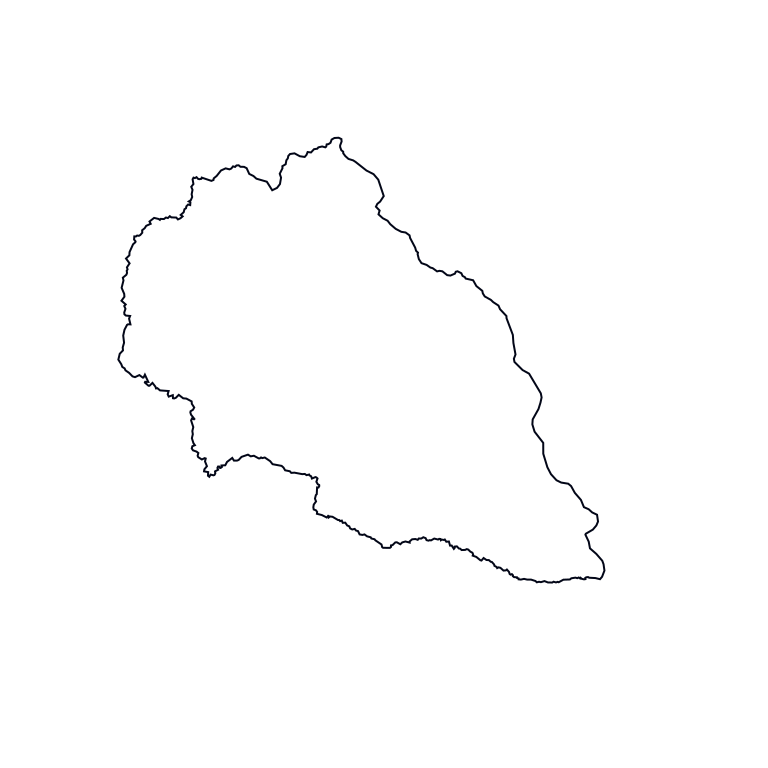 the district of Espindola, Loja, Ecuador, rotated 305°
{"feature_id": "8360857B90110286076801", "entity_name": "Espindola", "entity_type": "district", "adm_level": 2, "iso_a3": "ECU", "parent_name": "Ecuador", "parent_adm1": "Loja", "projection": "albers", "projection_center": [-79.445, -4.57], "detail": "fine", "context": "isolated", "style": "outline", "palette": "ink", "viewbox_px": 768, "rotation_deg": 305, "n_neighbors": 0, "source": "geoboundaries", "source_scale": "gbopen_adm2", "svg_char_len": 6151}
<svg xmlns="http://www.w3.org/2000/svg" viewBox="0 0 768 768"><g transform="rotate(305 384 384)"><path d="M207.8,294.1L210.3,293.9L211.4,296.7L212.2,297.3L214.0,297.1L215.5,295.7L218.6,297.3L219.7,295.7L221.2,295.4L222.0,296.6L221.2,297.6L221.5,298.3L223.1,298.8L224.1,297.7L226.4,300.6L230.1,300.1L236.4,302.1L235.2,305.0L236.9,307.5L238.4,308.5L242.6,309.1L248.1,313.1L248.3,316.3L250.6,318.6L251.2,324.1L251.8,324.9L253.3,325.4L253.4,326.7L255.4,328.5L255.5,335.0L254.4,338.7L258.2,347.1L257.9,349.6L256.6,352.5L258.5,356.9L258.0,359.0L260.0,361.5L263.3,368.8L264.9,370.7L264.9,372.8L266.9,374.6L266.4,375.4L266.6,377.3L265.2,379.2L268.4,381.2L268.7,382.2L268.5,383.7L265.1,384.7L263.9,387.3L264.1,388.8L263.3,389.5L261.6,389.7L260.9,388.5L255.2,392.1L253.9,391.9L250.5,393.2L248.8,395.7L245.0,395.6L242.5,396.8L240.9,398.4L241.5,400.7L240.9,402.6L239.2,403.5L241.0,408.2L241.8,413.7L244.0,413.9L244.1,414.9L243.3,415.4L244.6,415.9L245.7,418.0L246.2,424.3L246.9,425.5L246.5,426.7L247.9,427.8L246.6,429.8L248.2,431.8L247.0,435.0L247.5,437.2L246.3,439.1L246.6,441.4L248.5,443.1L247.9,445.1L248.6,447.1L246.8,450.3L248.0,452.9L249.6,454.3L249.5,457.5L250.8,461.0L250.2,462.3L251.4,465.3L251.0,466.6L251.1,474.0L249.3,476.1L249.3,477.2L253.1,482.8L254.5,483.2L255.8,482.3L256.9,483.4L260.7,484.1L261.7,485.3L262.1,489.3L264.7,489.8L267.3,491.9L268.8,496.0L269.7,495.3L272.9,496.1L275.0,498.6L275.7,501.0L277.4,501.1L278.8,503.2L281.0,504.1L281.6,506.5L280.5,508.4L281.2,510.3L282.4,511.1L282.8,512.2L286.2,513.8L287.6,517.5L288.8,518.0L289.4,519.1L288.6,520.2L289.7,520.6L290.6,522.5L291.5,523.0L290.5,525.5L292.2,527.5L289.5,530.8L290.5,532.1L289.0,535.8L290.4,535.9L291.4,535.2L292.8,536.8L292.2,539.7L292.8,540.9L292.5,542.8L294.6,545.6L296.2,546.5L296.7,548.0L296.2,550.9L296.5,553.2L295.5,554.8L294.3,555.1L295.3,558.8L294.9,564.0L295.3,565.1L298.6,565.4L298.6,568.9L299.9,570.9L299.6,573.4L300.1,574.4L299.3,577.8L298.4,578.7L298.7,581.2L298.1,582.3L299.5,583.0L300.2,584.8L299.7,588.9L301.3,590.8L302.5,591.1L301.8,594.1L300.4,596.0L300.5,597.2L301.6,597.8L301.3,599.3L300.5,599.8L300.4,601.3L301.9,603.8L301.4,604.3L301.9,605.7L301.2,606.3L302.3,608.3L304.7,610.5L305.9,613.5L308.1,616.6L309.5,621.1L309.2,622.9L310.9,624.4L311.7,626.2L314.6,628.5L315.5,632.2L317.9,635.7L319.3,636.3L320.1,638.7L321.5,639.7L321.8,640.8L326.6,643.2L330.5,648.4L332.3,648.9L335.2,651.9L335.8,653.7L337.2,654.5L337.2,656.2L338.0,656.2L337.8,657.6L338.7,659.9L339.7,660.9L340.5,660.1L341.6,660.5L342.9,661.9L343.0,663.2L346.3,668.5L348.0,672.9L351.2,673.2L357.6,671.6L362.3,667.2L364.4,664.2L366.6,655.4L367.5,647.0L372.3,642.1L376.1,635.4L377.1,635.2L384.5,638.6L389.9,639.1L394.1,638.2L399.1,633.5L398.2,628.2L398.8,623.5L397.8,618.4L402.0,611.8L404.3,602.7L407.7,595.8L408.0,592.1L404.9,585.7L404.1,580.5L405.9,572.5L409.5,565.6L418.2,554.5L427.1,548.2L431.3,534.7L436.0,528.7L440.3,526.1L452.1,524.9L458.4,522.9L463.4,520.8L466.3,517.8L475.7,496.9L474.9,489.6L476.9,478.2L479.2,475.9L483.6,474.8L491.8,466.5L498.1,461.4L508.2,446.6L509.9,445.3L511.8,436.2L513.9,432.8L513.7,426.5L514.2,423.4L513.5,416.3L514.9,413.0L516.7,411.1L517.2,403.5L520.1,397.5L517.2,390.4L517.9,389.0L517.6,386.4L519.1,383.8L518.5,379.6L517.1,378.4L515.1,378.8L510.9,376.2L509.4,373.3L509.8,367.2L508.5,364.5L506.7,362.9L506.8,357.4L506.0,355.2L506.0,350.6L504.5,345.4L506.3,340.9L509.7,337.0L511.1,336.5L511.5,333.9L513.6,331.3L518.6,321.6L520.4,319.7L520.5,314.8L518.6,310.9L517.8,304.6L518.5,297.5L519.8,293.3L519.1,287.9L519.8,282.2L523.6,280.9L524.6,275.7L527.7,275.2L531.2,276.2L537.8,276.0L548.1,262.1L549.9,255.1L548.8,247.2L549.6,233.3L549.5,230.5L548.0,225.8L548.5,221.6L549.6,218.3L550.9,217.3L551.0,215.0L552.9,212.2L554.3,211.2L558.3,210.2L560.2,208.6L559.7,205.6L557.1,202.3L554.2,200.9L550.9,201.8L548.6,200.9L547.4,199.6L545.3,200.5L544.2,200.2L543.1,197.1L540.2,194.5L538.5,194.4L536.2,192.0L531.8,191.4L530.2,188.4L527.3,189.1L524.5,188.8L522.3,184.4L521.6,178.4L518.5,175.1L515.9,174.8L513.6,175.8L511.3,175.7L507.6,177.4L504.1,175.8L502.5,177.1L496.4,178.0L494.0,181.3L488.1,184.1L483.3,183.9L478.6,181.3L482.5,172.0L479.0,161.7L479.5,157.8L478.8,153.1L482.0,147.7L481.6,144.8L479.6,141.8L479.8,139.5L478.4,137.8L476.4,137.5L475.7,135.5L472.9,135.3L471.2,134.3L469.8,130.6L465.4,128.0L458.5,127.6L454.8,126.6L453.3,127.3L451.4,126.1L448.5,116.3L447.3,116.7L445.8,115.2L445.4,114.0L445.9,111.8L444.2,111.0L443.8,109.6L441.9,109.8L438.5,113.2L435.0,113.0L433.2,115.8L429.1,117.6L427.2,119.6L423.8,120.3L421.6,119.4L421.8,121.2L419.4,122.6L418.7,120.6L416.2,120.2L414.4,121.0L412.7,120.3L409.8,121.4L405.9,120.5L405.8,122.9L403.0,122.2L400.6,120.8L401.2,118.4L398.5,114.2L398.6,112.3L396.0,111.8L395.3,109.9L392.9,109.1L391.1,106.3L389.9,106.3L389.9,104.7L388.2,100.4L382.6,98.7L381.4,101.0L377.2,98.5L374.3,98.6L371.2,97.7L369.3,99.2L366.2,98.9L364.8,98.2L364.0,96.6L362.6,96.2L361.7,94.8L359.0,96.4L358.3,98.7L357.5,99.0L354.5,98.3L346.1,99.9L343.4,101.6L338.8,100.7L336.9,106.4L332.1,106.5L330.8,108.2L329.2,108.3L327.6,109.8L325.7,110.3L321.3,109.1L319.4,111.2L312.3,113.9L308.8,119.5L306.6,121.3L301.6,121.2L301.0,126.8L298.9,126.5L297.3,129.1L293.6,130.2L292.2,131.4L292.0,133.3L294.1,137.0L291.3,137.7L287.4,142.1L286.1,140.1L285.1,139.6L279.6,140.3L274.1,142.6L268.7,147.4L264.1,149.0L261.8,150.9L257.2,150.2L251.6,152.4L249.5,157.5L247.9,159.8L248.0,162.6L246.9,164.4L246.9,169.0L246.0,173.6L246.8,176.1L251.0,178.5L250.9,182.9L251.4,183.3L254.5,182.8L250.5,189.7L248.8,187.1L248.0,187.3L247.5,192.1L248.1,192.9L252.1,193.7L250.7,198.3L249.6,199.8L250.6,200.7L250.3,204.2L254.7,211.6L251.5,212.7L250.2,214.9L253.7,217.4L251.3,219.3L251.8,220.4L253.3,221.4L257.4,222.1L257.1,227.7L258.7,230.5L259.4,236.4L257.5,238.0L255.9,242.0L253.4,242.3L250.7,241.2L249.6,241.7L248.2,243.5L246.6,248.7L246.1,248.6L245.5,246.5L243.5,246.9L239.3,252.5L235.5,254.0L233.2,256.2L229.4,257.7L226.2,261.9L225.4,264.2L223.1,262.7L220.9,263.5L220.1,265.6L221.1,269.2L221.0,271.5L218.3,272.5L217.5,273.8L217.7,278.1L220.4,279.6L220.7,280.7L217.9,281.8L215.1,286.1L211.1,285.8L209.2,286.7L211.0,290.5L207.9,292.4L207.8,294.1Z" fill="none" stroke="#020617" stroke-width="2"/></g></svg>